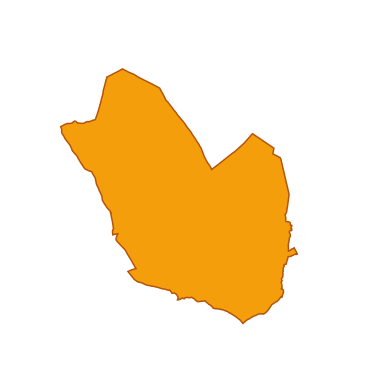 outline of Kiteto, Manyara, United Republic of Tanzania, rotated 332°
{"feature_id": "72390352B80776151350042", "entity_name": "Kiteto", "entity_type": "district", "adm_level": 2, "iso_a3": "TZA", "parent_name": "United Republic of Tanzania", "parent_adm1": "Manyara", "projection": "robinson", "projection_center": [36.709, -5.194], "detail": "fine", "context": "isolated", "style": "filled", "palette": "amber", "viewbox_px": 384, "rotation_deg": 332, "n_neighbors": 0, "source": "geoboundaries", "source_scale": "gbopen_adm2", "svg_char_len": 6006}
<svg xmlns="http://www.w3.org/2000/svg" viewBox="0 0 384 384"><g transform="rotate(332 192 192)"><path d="M107.6,252.2L109.4,253.9L111.1,255.1L112.4,256.4L113.6,257.1L115.0,258.5L116.7,259.8L119.7,262.9L121.1,264.1L122.1,264.7L125.0,267.7L126.3,268.1L126.5,268.7L126.4,269.5L126.6,270.1L126.7,270.8L126.8,271.5L126.7,271.9L127.2,272.1L128.0,272.6L128.9,273.0L129.3,273.4L129.4,273.8L130.0,274.6L130.3,275.6L130.3,277.9L130.1,278.8L129.7,279.4L128.5,280.5L129.0,280.8L129.4,280.8L130.6,280.9L130.8,281.0L131.0,281.2L131.4,281.3L131.9,281.1L132.3,281.1L132.8,280.9L133.1,281.2L133.8,281.2L134.2,281.7L134.7,282.2L134.9,282.6L135.2,282.5L136.0,282.2L137.6,282.6L138.3,282.6L139.1,283.5L139.5,283.9L140.8,284.5L141.7,284.5L142.0,284.6L142.1,284.8L142.8,286.0L143.6,286.6L143.8,287.2L144.1,288.5L144.3,289.1L145.4,291.4L146.3,291.9L150.5,293.5L152.2,294.3L152.7,294.6L152.8,295.0L152.9,296.1L153.6,297.4L154.2,299.2L154.8,300.0L155.4,301.4L155.7,301.8L155.8,302.8L156.0,303.1L156.3,304.7L156.6,304.8L157.0,305.3L158.4,306.2L158.4,306.5L159.0,306.5L159.4,306.8L160.0,307.4L161.1,308.1L162.6,309.5L163.5,310.1L164.2,310.7L164.9,311.6L165.3,312.0L166.0,313.0L166.4,313.3L167.2,314.2L167.9,315.6L168.6,316.8L168.9,316.9L170.8,320.2L171.8,322.2L172.3,322.9L172.8,324.3L174.2,327.3L174.5,328.1L175.3,332.1L175.5,332.1L175.8,331.8L176.4,331.6L177.3,331.4L177.8,331.4L178.8,331.0L179.7,331.0L180.3,330.8L181.3,330.8L181.8,330.7L182.6,330.9L183.4,330.9L185.4,330.6L186.0,330.6L186.4,330.7L187.4,330.6L188.3,330.6L190.5,330.9L192.5,330.9L194.0,331.2L194.8,331.5L195.6,332.1L196.0,332.1L196.4,332.3L197.7,333.3L198.2,333.4L198.8,333.3L199.1,333.3L199.9,333.2L202.2,332.7L202.6,332.4L203.3,332.2L205.5,331.2L209.6,328.9L210.6,328.8L214.1,328.5L216.3,328.5L221.4,326.4L221.5,326.7L221.9,327.2L222.0,327.1L224.1,324.9L224.8,324.4L225.8,323.5L225.9,323.0L226.1,322.8L226.2,322.3L226.6,321.5L226.6,321.2L226.2,320.2L225.4,319.8L225.3,319.5L225.9,319.3L226.5,318.9L226.7,318.7L226.9,317.7L227.7,316.5L228.2,314.0L228.6,313.4L228.9,313.4L229.4,312.8L229.6,312.8L229.9,312.7L230.0,312.1L229.9,311.6L230.4,310.4L231.1,310.2L232.3,309.6L234.2,306.4L234.4,305.7L234.8,305.2L235.4,304.7L236.3,302.6L236.6,302.2L237.8,301.2L238.5,300.9L238.7,300.6L238.8,299.8L239.0,299.4L240.8,299.6L241.4,299.9L241.7,299.3L242.2,298.8L242.7,298.4L242.8,298.1L243.3,297.5L244.3,296.8L245.2,295.8L246.5,294.2L247.4,294.7L247.9,294.7L248.2,294.9L249.3,295.2L250.5,295.2L251.6,295.3L252.8,295.2L254.3,295.6L255.0,295.5L255.4,295.6L255.1,296.1L255.9,296.2L256.0,292.9L255.9,290.4L256.0,289.2L254.8,289.4L253.1,289.2L251.4,289.5L250.1,289.6L249.4,289.5L250.6,287.2L252.5,283.3L253.6,282.1L256.6,278.2L257.0,277.8L258.1,277.1L258.8,275.7L259.0,275.1L259.0,274.3L258.9,273.6L259.0,273.0L259.5,272.5L260.6,272.2L261.5,272.6L261.8,272.8L262.0,272.8L262.3,271.9L262.6,271.7L262.8,271.3L262.7,271.1L262.4,270.9L262.3,270.7L262.4,270.4L262.8,269.9L263.6,269.4L264.5,268.4L264.5,268.2L264.4,268.1L263.2,267.7L264.2,265.3L264.3,264.9L263.5,263.9L263.1,263.5L262.7,263.2L261.6,262.7L261.3,262.5L261.3,262.3L261.4,261.1L261.5,260.7L262.2,259.8L262.5,259.3L262.8,258.4L263.2,256.7L263.3,256.2L263.5,255.9L265.3,254.8L266.3,253.9L267.9,251.6L269.8,249.2L276.6,239.7L285.9,204.6L285.9,203.0L281.3,196.2L284.9,191.8L272.8,168.9L261.1,173.3L249.0,176.4L246.1,176.7L227.1,180.2L219.9,181.3L220.0,180.5L220.1,177.7L219.9,177.0L219.9,176.4L219.5,173.6L219.5,173.0L219.4,171.6L219.4,171.2L219.4,170.3L219.5,167.5L219.4,166.9L219.5,166.1L219.6,165.7L219.6,165.0L219.9,163.6L220.6,157.4L220.6,156.6L220.4,155.4L220.5,153.7L220.4,153.1L220.4,152.1L220.0,149.1L220.0,147.1L219.6,144.1L219.2,140.4L219.3,139.0L218.4,134.0L218.1,132.6L218.1,131.2L217.3,125.5L216.4,121.6L216.2,120.5L215.6,118.3L215.3,116.4L215.3,115.8L215.3,115.1L214.9,113.1L214.5,111.3L214.3,110.8L214.3,110.2L213.8,106.6L213.2,103.5L212.9,101.2L212.1,99.0L212.2,95.3L212.3,94.4L212.2,85.1L207.4,77.9L205.1,74.7L202.5,71.0L201.2,69.3L200.7,68.4L199.8,67.3L198.3,65.0L196.0,61.0L194.6,59.2L192.1,56.2L190.6,53.8L189.3,52.1L188.3,50.6L188.1,50.6L186.9,50.8L185.2,50.7L183.5,50.8L179.5,50.7L175.8,50.7L174.0,50.6L172.5,50.7L170.7,50.6L170.2,51.3L168.0,53.5L164.9,57.0L163.9,57.9L163.2,58.8L161.6,60.4L160.5,61.8L160.0,62.8L157.6,65.5L156.8,66.2L154.7,68.5L152.7,70.8L151.8,71.6L149.2,74.5L144.7,79.0L142.9,80.5L141.3,82.1L140.3,82.6L139.4,82.6L139.0,82.3L138.3,82.1L137.0,82.1L135.3,81.8L134.2,81.4L133.4,81.4L132.6,80.6L131.8,80.5L130.7,80.4L130.3,80.6L129.5,80.6L127.8,80.1L126.5,79.4L124.7,78.2L123.0,76.8L122.8,75.5L122.6,75.1L121.5,74.2L121.2,74.2L119.9,74.5L119.5,74.5L118.8,74.8L118.5,74.8L117.7,74.5L117.4,74.5L117.1,74.5L116.2,74.1L114.5,73.1L111.7,72.6L110.9,72.6L110.1,72.7L108.3,72.7L107.6,72.6L106.7,72.7L106.6,74.3L106.3,75.6L105.7,76.7L105.1,77.5L104.9,78.2L104.8,78.7L104.8,80.9L105.0,81.7L105.0,83.0L104.9,85.2L106.3,93.8L105.9,98.4L105.7,99.2L106.5,102.7L106.5,103.0L106.8,103.8L107.0,104.6L107.4,107.1L107.4,108.4L107.2,109.1L107.4,110.2L107.4,112.2L107.5,114.0L107.6,114.9L107.6,115.7L107.7,116.1L107.7,116.5L107.9,117.9L108.1,118.3L107.9,118.9L108.0,119.4L108.1,119.8L108.2,120.7L108.6,121.8L108.9,122.3L109.3,122.6L109.6,122.9L109.9,123.5L111.2,125.2L112.1,126.0L112.5,126.6L112.9,126.9L113.0,127.4L112.9,128.2L112.9,130.4L113.1,133.1L113.0,134.7L112.8,135.5L112.3,136.7L112.3,137.3L111.5,139.5L111.3,140.5L111.2,142.0L111.1,145.1L110.9,145.9L110.9,146.4L110.7,147.4L110.8,149.1L110.7,149.6L110.7,151.1L110.5,151.8L110.5,152.6L110.4,153.9L109.7,155.1L109.0,157.3L109.1,160.6L109.6,165.9L109.9,167.3L110.2,168.1L110.7,170.5L110.8,172.4L110.3,172.1L110.0,173.4L109.1,176.2L108.5,178.6L106.3,185.2L105.7,186.6L105.7,187.0L105.6,187.4L105.2,187.8L104.2,188.3L103.4,189.3L102.7,190.6L102.6,191.2L102.2,192.0L101.9,192.6L102.9,192.8L106.9,194.1L104.1,196.3L103.3,197.1L102.5,198.8L102.8,201.0L105.8,211.8L105.9,217.6L106.3,223.5L106.4,228.1L106.6,233.4L104.1,232.7L100.3,232.2L98.1,232.1L100.0,242.1L101.9,245.9L105.0,248.6L107.6,252.2Z" fill="#f59e0b" stroke="#b45309" stroke-width="1.5"/></g></svg>